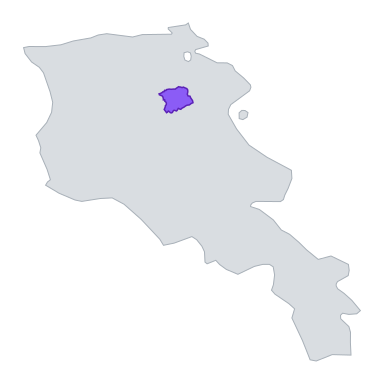 Dilidjan, Tavush, Armenia (highlighted)
{"feature_id": "60910142B28859062428936", "entity_name": "Dilidjan", "entity_type": "district", "adm_level": 2, "iso_a3": "ARM", "parent_name": "Armenia", "parent_adm1": "Tavush", "projection": "orthographic", "projection_center": [44.852, 40.743], "detail": "fine", "context": "in_parent", "style": "filled", "palette": "violet", "viewbox_px": 384, "rotation_deg": 0, "n_neighbors": 0, "source": "geoboundaries", "source_scale": "gbopen_adm2", "svg_char_len": 2791}
<svg xmlns="http://www.w3.org/2000/svg" viewBox="0 0 384 384"><path d="M163.5,245.3L159.8,239.2L141.2,219.4L124.0,204.2L112.2,197.9L100.3,198.5L81.8,201.4L75.0,200.0L59.0,193.2L45.6,185.2L47.5,182.0L50.4,179.7L47.1,169.4L39.9,152.9L40.8,147.8L38.5,140.6L36.0,135.2L46.7,122.6L51.6,112.3L52.7,102.3L50.1,91.8L43.5,72.8L39.3,67.3L31.6,62.0L25.1,53.6L23.6,47.6L29.1,46.5L45.3,46.6L60.9,44.8L73.2,41.0L90.9,37.9L98.2,35.0L106.8,33.7L132.6,37.0L142.3,34.6L171.4,34.2L172.2,33.0L168.2,29.0L168.3,27.5L185.6,24.9L188.3,23.0L190.5,29.4L197.1,36.4L204.2,39.2L208.0,43.1L208.2,46.0L195.6,49.6L194.8,51.4L195.6,53.2L199.4,54.0L217.1,62.8L227.2,62.9L232.5,65.6L235.2,70.9L243.7,78.0L250.4,84.9L250.9,87.3L249.6,90.8L230.8,104.6L228.5,109.3L228.2,114.3L236.6,129.0L249.0,145.1L266.9,157.2L291.4,170.3L291.9,178.5L288.1,188.4L284.8,195.1L283.4,199.6L280.4,201.6L256.0,201.4L252.3,203.0L250.7,205.0L250.6,206.6L259.4,209.5L273.3,219.9L281.3,230.0L289.6,234.3L298.9,242.3L306.5,249.8L318.2,259.4L331.0,256.0L348.4,264.4L349.2,270.3L348.2,275.6L337.5,281.6L336.2,284.0L336.2,286.0L337.7,288.8L344.1,293.4L351.8,300.3L360.4,310.6L356.7,313.8L348.8,314.4L342.6,313.2L340.5,315.3L340.7,318.8L348.9,326.6L350.5,332.3L350.4,342.4L351.0,355.1L332.2,354.6L316.2,361.0L310.1,359.8L305.9,349.1L302.4,340.4L291.9,318.0L294.6,308.8L288.8,303.6L275.0,294.2L271.5,290.2L273.4,284.8L274.6,274.9L273.2,266.8L269.5,264.4L262.7,264.4L254.4,266.4L237.9,274.3L226.3,269.4L219.6,264.5L215.8,260.3L207.1,263.8L205.0,262.1L204.5,251.8L201.9,246.2L196.7,239.7L191.9,236.6L174.2,243.1L163.5,245.3ZM190.7,60.0L191.2,56.2L190.4,52.9L187.6,51.8L184.1,52.7L183.8,56.4L184.9,60.0L188.4,61.6L190.7,60.0ZM247.0,117.2L242.9,119.6L239.2,118.6L239.1,112.8L241.8,110.4L245.0,110.5L248.0,112.6L247.0,117.2Z" fill="#d9dde1" stroke="#a8b0b8" stroke-width="1"/><path d="M164.2,109.5L166.6,112.7L167.4,112.2L168.3,111.1L169.3,111.7L170.4,112.7L171.3,112.9L172.0,112.7L172.6,112.1L173.1,111.1L173.7,110.4L174.5,110.3L176.2,110.9L176.6,110.9L177.3,110.1L178.3,108.4L179.8,109.1L180.8,109.3L182.1,108.1L183.9,107.2L185.8,105.8L187.1,105.2L189.4,104.9L191.2,103.5L193.0,102.7L192.5,100.5L190.7,97.9L190.0,96.2L188.0,95.9L187.3,94.2L187.8,91.9L187.7,89.9L186.8,88.6L185.1,87.9L183.3,87.1L182.1,87.6L180.4,87.0L179.7,87.0L178.6,86.7L178.2,87.0L176.1,88.4L175.3,89.1L173.3,89.1L171.1,89.3L170.5,89.2L170.0,89.2L169.2,89.1L166.5,89.6L166.0,90.4L165.6,90.6L164.7,90.3L164.4,90.6L164.1,91.6L163.5,91.8L162.7,91.9L162.2,92.5L160.5,93.4L159.1,93.8L159.3,94.4L159.3,94.7L159.9,95.0L160.4,95.3L160.7,95.4L161.5,95.6L162.3,96.1L162.9,97.0L163.3,98.5L163.4,99.9L164.1,99.7L164.5,99.7L164.8,100.0L164.8,101.2L165.9,102.1L166.3,103.0L166.4,104.0L166.2,104.8L165.4,105.6L165.3,106.7L164.9,107.8L164.2,109.5Z" fill="#8b5cf6" stroke="#5b21b6" stroke-width="1.5"/></svg>